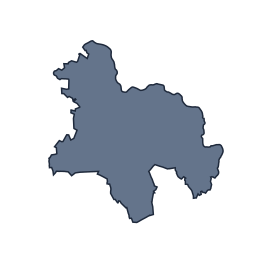 outline of Skaistkalnes pag., Vecumnieku, Latvia, rotated 255°
{"feature_id": "27541924B21111495244089", "entity_name": "Skaistkalnes pag.", "entity_type": "district", "adm_level": 2, "iso_a3": "LVA", "parent_name": "Latvia", "parent_adm1": "Vecumnieku", "projection": "mercator", "projection_center": [24.578, 56.379], "detail": "fine", "context": "isolated", "style": "filled", "palette": "slate", "viewbox_px": 256, "rotation_deg": 255, "n_neighbors": 0, "source": "geoboundaries", "source_scale": "gbopen_adm2", "svg_char_len": 5709}
<svg xmlns="http://www.w3.org/2000/svg" viewBox="0 0 256 256"><g transform="rotate(255 128 128)"><path d="M103.7,46.6L104.7,47.5L104.7,47.9L103.9,50.3L103.7,51.4L103.4,52.4L102.6,55.2L101.1,58.9L96.5,61.2L98.3,65.5L97.7,70.3L95.2,81.7L93.7,88.3L91.4,86.5L90.1,88.3L87.7,91.0L84.2,94.7L81.3,94.2L81.0,93.8L79.5,93.3L78.8,94.9L78.7,94.9L78.6,95.7L75.3,95.9L74.2,95.8L73.4,95.7L70.9,94.7L69.3,94.3L62.6,95.9L62.3,97.2L58.6,98.5L58.3,98.8L58.3,99.0L60.0,100.2L59.4,101.3L57.0,102.0L51.3,105.4L51.5,106.2L50.3,106.3L50.2,106.2L45.7,106.2L43.5,106.4L41.9,106.1L40.5,106.1L40.1,106.3L40.1,107.7L39.6,108.0L35.8,108.3L34.5,112.0L34.9,113.9L35.9,117.6L36.9,121.9L38.0,126.1L37.8,126.1L37.9,130.1L45.5,131.5L50.2,131.7L50.1,131.9L52.9,133.0L58.6,135.7L58.5,137.0L60.3,136.3L61.2,138.9L63.5,140.8L65.3,138.5L67.0,138.6L69.0,138.3L72.1,138.1L74.6,137.6L79.4,137.1L80.7,136.8L82.0,138.9L84.6,142.4L85.7,144.5L82.9,148.7L81.3,151.4L78.3,155.5L78.2,156.3L78.0,157.8L77.9,157.8L77.4,163.3L75.1,162.8L72.8,163.6L72.0,163.1L69.2,163.5L68.0,163.8L66.3,165.0L65.5,165.8L65.4,165.8L64.9,166.5L66.5,169.2L66.4,169.3L64.7,170.7L64.5,170.2L64.2,169.7L62.7,169.3L62.1,169.7L58.8,168.9L58.4,170.2L58.0,171.0L55.7,171.3L52.2,173.0L50.9,173.4L49.8,173.5L48.2,173.5L46.7,173.6L45.8,173.6L45.1,173.5L43.2,173.0L42.9,175.6L42.8,175.9L43.0,176.0L46.2,178.6L44.5,179.4L44.9,181.5L46.3,181.7L47.7,181.8L47.8,183.0L46.3,183.7L46.1,184.8L45.0,186.1L46.8,188.2L47.1,188.5L47.4,190.2L46.9,191.1L48.3,192.4L49.7,193.0L51.7,194.1L55.0,193.8L57.7,195.3L59.1,195.2L59.0,195.5L59.3,196.4L59.3,196.5L58.7,197.1L58.5,197.7L57.9,198.1L57.7,198.3L57.5,198.7L57.2,199.0L57.6,199.5L58.3,200.5L58.9,201.4L59.1,202.0L59.9,203.0L60.4,203.5L60.9,203.8L62.1,204.2L63.1,204.2L64.6,204.0L65.7,203.9L66.1,204.0L66.5,204.3L66.7,204.7L67.2,205.1L68.7,205.8L70.4,206.4L71.8,207.1L73.2,207.4L73.8,207.7L74.4,208.2L75.1,208.8L75.6,209.7L77.0,210.8L77.6,211.5L78.7,212.4L79.9,213.3L81.2,213.9L82.2,214.0L83.0,214.1L84.1,214.0L85.7,213.7L86.7,213.5L87.6,212.9L88.2,212.3L89.0,209.1L89.0,208.0L88.9,205.3L89.3,203.5L88.6,202.8L88.6,201.1L89.4,199.0L89.7,197.6L90.5,196.8L91.4,196.3L93.1,196.2L94.9,196.5L98.4,197.4L98.8,197.3L99.0,197.1L100.1,196.7L100.7,196.6L101.2,196.8L101.9,197.3L102.0,197.7L102.2,199.0L102.7,199.7L103.2,200.1L103.9,200.3L106.2,200.7L107.1,200.7L108.1,200.5L108.6,200.6L109.2,200.7L110.1,201.1L110.8,201.4L111.3,201.6L111.6,201.9L112.0,203.0L112.4,203.4L113.0,203.7L113.4,203.7L115.0,203.4L117.5,203.9L117.6,203.6L118.0,203.3L118.3,202.9L118.5,202.8L119.0,202.8L119.3,202.9L119.9,203.3L120.0,203.4L121.2,203.4L122.5,203.6L124.0,203.6L125.7,203.2L128.9,202.0L129.6,201.5L129.8,201.2L130.1,200.7L130.5,199.5L130.9,198.7L131.2,197.5L131.5,196.0L131.9,194.9L132.8,192.9L133.1,192.1L133.7,191.0L134.0,190.5L135.0,189.7L135.5,189.4L136.8,188.7L138.5,188.0L140.0,187.6L140.3,187.6L141.5,187.8L142.1,187.8L143.3,188.1L143.9,188.2L144.5,188.1L145.1,187.9L145.8,187.4L146.9,186.8L147.6,186.3L148.5,185.4L148.7,185.0L148.8,184.6L148.8,184.3L148.8,183.6L148.4,182.5L148.3,181.9L148.3,181.3L148.8,180.0L149.3,179.4L150.4,178.4L152.1,176.6L152.4,176.1L152.5,175.5L152.8,175.0L153.5,174.3L154.4,173.5L155.2,173.1L158.8,173.6L159.4,173.5L159.9,173.3L160.4,172.8L161.4,170.9L162.2,169.3L162.6,168.5L163.1,167.8L163.3,167.4L163.4,167.0L163.4,166.4L163.3,165.2L163.1,164.3L163.1,163.9L163.3,162.8L163.7,161.7L163.8,161.4L163.9,160.2L163.9,159.6L163.8,159.3L162.8,157.4L162.7,157.2L161.7,156.0L161.4,155.5L161.1,154.6L160.9,153.5L160.8,151.6L160.9,151.0L161.0,150.1L161.2,149.7L161.9,148.9L163.0,147.8L164.0,146.7L165.6,144.5L166.1,143.7L166.4,143.0L166.4,142.2L166.1,141.4L164.8,138.6L163.4,136.3L163.2,136.0L163.2,135.7L163.2,135.4L163.2,134.9L163.4,134.2L164.2,132.6L164.5,132.1L165.4,131.5L165.8,131.4L166.4,131.4L169.7,131.9L170.6,131.9L171.2,131.8L172.1,131.5L172.4,131.4L174.2,129.8L175.0,129.4L176.8,128.9L178.6,128.7L180.7,129.3L181.5,129.6L181.8,129.8L182.4,130.5L183.4,131.6L184.6,132.0L185.2,132.1L186.1,132.0L186.9,131.8L188.1,131.0L188.8,130.9L189.4,130.9L190.7,131.0L192.8,131.4L195.5,131.5L197.3,131.0L199.3,130.3L200.5,130.2L201.4,130.3L202.9,130.5L205.8,131.5L206.7,131.6L207.9,131.5L209.1,131.0L211.1,129.6L212.0,128.9L213.1,127.8L214.4,126.1L215.2,124.8L215.9,123.4L216.9,121.2L217.4,120.1L217.9,119.3L218.5,118.7L219.4,117.8L220.9,116.8L221.2,116.6L221.4,116.3L221.5,115.8L221.5,115.2L221.5,114.6L220.7,111.6L220.1,108.7L219.6,107.4L217.8,105.2L213.9,106.6L213.8,107.6L211.2,107.8L209.6,109.2L205.7,106.6L208.6,104.1L212.3,101.1L212.4,100.7L212.3,99.9L212.0,99.7L211.3,100.4L205.4,96.6L204.8,95.3L207.5,90.9L206.7,87.5L205.5,86.8L206.7,82.7L202.6,82.3L201.0,79.0L203.3,76.3L202.0,73.6L202.0,72.7L202.0,71.7L201.3,70.9L200.6,70.4L200.3,70.3L199.3,70.2L198.8,70.3L198.3,70.5L196.9,72.1L196.2,72.5L195.3,72.5L194.7,72.7L194.2,72.9L193.0,74.1L192.8,74.6L192.4,74.8L192.9,76.5L191.9,79.4L191.9,79.6L191.4,81.1L190.8,82.7L190.5,83.3L189.4,83.3L183.1,81.4L181.1,80.9L181.3,78.6L183.6,74.1L178.4,73.0L177.8,74.9L173.2,77.5L173.7,79.3L171.0,82.1L169.1,82.0L169.8,84.6L169.1,85.0L167.7,82.2L167.4,82.4L164.9,85.2L161.0,86.9L160.5,86.7L160.0,82.1L158.1,81.4L160.1,77.7L159.5,77.4L159.4,77.5L157.5,76.8L155.2,79.7L151.4,77.8L142.2,75.8L141.5,75.7L139.1,78.2L132.0,73.0L131.7,71.9L131.2,69.6L136.7,68.9L136.8,68.4L136.9,68.1L137.2,67.6L137.1,67.3L137.1,67.0L137.2,66.9L131.8,61.7L131.9,60.5L133.6,58.4L128.9,52.2L127.6,53.7L121.6,52.6L121.4,50.9L121.6,49.3L121.7,48.2L121.8,47.1L120.2,45.6L119.7,44.9L119.0,45.2L119.3,44.9L119.4,44.2L119.2,43.8L118.9,43.9L118.2,43.8L117.3,43.5L116.6,43.1L116.0,43.0L113.9,42.8L113.0,42.6L111.7,42.1L110.7,42.1L110.0,41.9L109.6,44.0L105.9,44.4L102.0,43.9L103.7,46.6Z" fill="#64748b" stroke="#1e293b" stroke-width="1.5"/></g></svg>